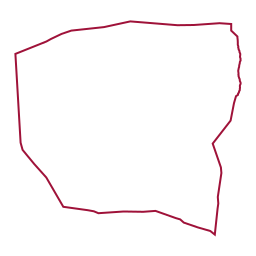 the district of Sevrei, Ömnögovi, Mongolia
{"feature_id": "93677404B27006203357134", "entity_name": "Sevrei", "entity_type": "district", "adm_level": 2, "iso_a3": "MNG", "parent_name": "Mongolia", "parent_adm1": "Ömnögovi", "projection": "equal_earth", "projection_center": [102.849, 43.72], "detail": "fine", "context": "isolated", "style": "outline", "palette": "rose", "viewbox_px": 256, "rotation_deg": 0, "n_neighbors": 0, "source": "geoboundaries", "source_scale": "gbopen_adm2", "svg_char_len": 1636}
<svg xmlns="http://www.w3.org/2000/svg" viewBox="0 0 256 256"><path d="M230.6,120.6L234.0,103.1L236.0,96.2L238.0,94.8L238.1,93.5L238.7,92.9L239.0,92.1L239.1,91.6L239.1,91.3L239.2,91.1L239.5,90.7L239.8,90.1L239.8,89.8L239.8,89.2L239.8,88.7L239.9,88.3L240.0,88.0L240.0,87.7L239.9,86.7L239.9,85.6L240.1,84.9L240.2,84.7L240.5,84.1L240.6,83.7L240.6,83.4L240.6,82.8L240.2,81.7L239.9,81.1L239.8,80.7L239.8,80.3L239.7,79.5L239.6,79.1L239.5,78.7L239.1,78.0L239.0,77.4L238.8,76.9L238.6,76.4L238.5,75.9L238.6,75.5L238.6,75.1L238.4,74.7L238.4,74.4L238.5,74.0L238.5,73.6L238.5,73.1L238.4,72.4L238.2,70.8L238.3,70.4L238.4,69.8L238.5,69.2L238.6,68.8L238.7,68.1L238.9,67.6L239.1,67.0L239.2,65.5L239.3,65.1L239.5,64.1L239.7,63.7L239.9,61.9L240.5,60.7L240.6,60.3L240.5,60.0L240.5,59.7L240.5,59.4L240.6,58.9L240.4,58.3L240.3,57.9L240.1,57.3L240.0,57.0L240.0,56.7L240.1,56.3L240.1,55.7L240.2,55.3L240.2,55.0L240.2,54.6L240.3,54.2L240.2,53.7L240.1,53.4L239.9,53.1L239.7,52.5L239.5,52.2L239.5,51.8L239.4,51.1L239.3,50.6L239.0,50.1L238.7,49.7L238.6,49.2L238.5,48.6L238.5,48.2L238.4,48.0L238.2,47.6L238.3,46.5L238.2,46.0L237.8,44.9L237.8,42.4L237.7,40.0L237.4,37.4L237.4,36.5L237.3,36.4L231.2,30.6L231.2,24.0L219.5,23.2L193.8,25.0L177.4,25.2L130.3,21.4L104.0,27.1L71.3,30.6L61.6,33.9L50.9,39.0L46.4,41.5L15.4,53.9L20.6,142.7L22.6,149.9L26.7,154.9L34.3,164.1L46.3,177.5L63.3,206.8L87.8,210.2L93.9,211.3L98.4,213.2L123.6,211.5L143.2,211.8L155.5,210.9L175.8,218.1L180.2,219.4L183.8,222.6L197.8,227.4L210.3,231.0L214.8,234.6L217.6,208.4L218.3,203.5L217.8,197.0L221.4,173.0L220.9,167.4L212.7,143.6L230.6,120.6Z" fill="none" stroke="#9f1239" stroke-width="2"/></svg>